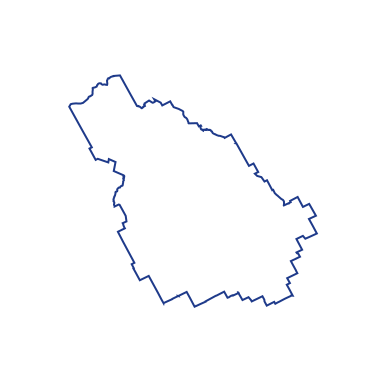 outline of Flinders (Qld), Queensland, Australia, rotated 327°
{"feature_id": "25037944B81088097646541", "entity_name": "Flinders (Qld)", "entity_type": "district", "adm_level": 2, "iso_a3": "AUS", "parent_name": "Australia", "parent_adm1": "Queensland", "projection": "equal_earth", "projection_center": [144.245, -20.889], "detail": "fine", "context": "isolated", "style": "outline", "palette": "blue", "viewbox_px": 384, "rotation_deg": 327, "n_neighbors": 0, "source": "geoboundaries", "source_scale": "gbopen_adm2", "svg_char_len": 5532}
<svg xmlns="http://www.w3.org/2000/svg" viewBox="0 0 384 384"><g transform="rotate(327 192 192)"><path d="M283.0,279.4L283.8,265.8L276.9,264.9L277.9,253.7L269.4,252.9L269.2,254.3L267.6,254.1L267.4,254.1L267.1,254.4L266.9,254.4L266.7,254.0L261.7,253.3L261.7,253.2L262.8,252.0L264.0,249.9L264.0,248.6L263.9,248.0L263.1,246.5L262.2,243.3L261.8,241.8L261.8,241.6L261.4,240.7L260.8,238.0L261.3,234.3L260.8,233.9L260.3,234.0L260.7,229.9L261.3,223.0L258.5,222.7L258.3,217.3L255.4,214.0L254.7,210.9L258.4,211.3L259.1,201.6L254.0,201.1L254.5,193.3L255.7,175.5L255.4,175.2L255.6,175.2L256.1,165.0L248.8,164.4L248.8,164.0L248.8,163.5L247.7,162.3L247.2,161.6L246.1,160.2L244.9,159.3L244.4,158.6L243.9,158.0L243.3,157.1L243.1,156.4L242.6,156.0L241.8,154.6L241.5,153.9L241.5,153.7L241.5,153.4L241.5,153.1L241.6,152.6L241.7,152.4L241.7,152.1L241.4,151.8L241.4,151.6L241.3,151.4L241.3,150.7L241.3,150.4L241.1,150.1L240.9,149.7L240.6,149.6L240.5,149.4L240.2,149.4L239.8,149.1L239.7,148.8L239.4,148.6L239.2,148.5L239.1,148.4L238.9,148.2L238.9,147.7L238.8,147.4L238.7,147.2L238.0,147.1L237.9,147.1L237.8,147.4L237.7,147.6L237.5,147.4L237.2,147.2L237.0,147.3L236.8,147.2L236.7,146.7L236.3,146.6L236.1,146.4L236.0,146.2L235.8,146.2L235.5,146.2L235.0,146.4L234.8,146.6L234.6,146.2L234.5,145.7L234.5,145.1L234.4,144.9L234.2,144.8L233.9,144.7L233.8,144.0L233.9,143.8L234.0,143.2L234.1,142.9L234.2,142.6L234.3,142.4L234.5,142.1L234.8,141.7L235.0,141.5L235.3,141.4L235.6,141.5L235.6,141.2L235.6,140.9L233.5,140.7L233.7,137.0L226.7,132.7L226.6,132.3L226.7,132.2L226.9,131.7L227.1,131.0L227.1,130.8L227.1,130.5L227.2,130.2L227.3,129.9L227.4,129.3L227.6,128.7L227.6,128.4L227.6,127.7L227.5,127.4L227.5,127.0L227.5,126.8L227.5,126.7L226.8,125.4L226.7,125.2L226.7,124.8L226.7,124.3L226.7,124.0L226.7,123.7L226.7,123.3L227.0,122.0L227.2,121.8L227.4,121.4L228.4,120.0L228.3,119.0L226.1,115.1L222.8,110.8L223.0,108.2L222.8,108.1L223.1,104.1L214.2,103.2L214.4,100.0L210.8,93.6L210.7,96.0L208.4,96.0L207.5,95.6L205.8,91.9L200.4,91.9L199.9,93.0L199.4,92.9L199.3,94.2L198.1,94.1L198.0,93.9L197.8,93.9L197.3,94.0L197.1,94.3L195.5,94.4L195.4,94.3L195.2,93.7L195.1,93.2L194.9,92.6L194.7,92.2L194.5,91.6L193.9,91.2L193.9,90.7L193.1,90.4L192.8,90.0L192.7,89.9L193.5,77.6L194.6,62.1L194.8,59.5L194.8,59.1L195.1,55.0L189.5,52.0L189.4,52.2L187.5,51.5L186.6,51.3L185.7,51.3L184.5,51.6L184.2,51.2L183.8,51.0L183.4,51.3L182.9,51.3L182.3,51.7L182.0,52.0L181.4,52.3L180.9,53.2L180.1,54.8L179.5,55.6L179.1,55.9L178.6,55.5L178.0,55.0L177.5,54.3L176.8,53.9L176.0,53.6L175.4,53.3L175.0,52.6L174.8,52.1L174.8,51.3L174.2,50.9L173.6,50.4L172.8,50.2L172.1,50.2L171.5,50.5L170.9,50.8L170.4,50.8L170.0,51.3L169.3,51.7L168.6,51.5L168.1,51.5L167.6,51.4L167.0,51.2L166.7,51.1L165.8,50.7L165.5,50.7L165.3,50.7L165.0,51.2L164.8,51.6L164.6,52.1L163.3,53.6L162.7,54.5L162.1,55.5L161.7,55.8L161.3,56.2L161.0,56.3L160.0,56.2L159.6,56.3L159.1,56.3L158.7,56.3L158.4,56.1L157.8,56.0L157.4,56.0L156.8,56.2L156.4,56.5L156.0,56.8L155.6,57.0L155.0,57.2L152.6,57.5L149.1,57.9L146.9,57.2L144.7,55.8L143.0,54.5L141.1,53.5L139.7,52.8L138.1,52.3L135.5,53.6L133.7,79.0L132.3,100.0L129.7,99.7L128.7,112.6L131.0,112.8L137.9,121.6L140.2,119.1L144.2,125.2L137.8,131.8L143.7,140.7L143.7,140.9L143.9,141.3L143.9,141.6L143.8,141.9L143.7,142.0L143.2,141.8L143.0,141.7L142.9,141.7L142.8,141.9L142.7,142.1L142.8,142.3L142.9,142.7L142.9,142.8L142.8,143.1L142.6,143.3L142.4,143.3L142.0,143.2L141.7,143.2L141.6,143.3L141.5,143.5L141.5,144.5L141.4,144.9L141.0,145.2L140.1,145.5L139.9,145.8L139.3,146.7L138.9,147.1L138.6,147.3L138.3,147.7L138.2,147.9L137.9,148.0L137.7,148.2L137.6,148.5L137.4,148.7L137.2,148.8L136.7,148.7L135.5,148.4L134.9,148.5L134.4,148.8L134.2,149.0L133.5,148.8L133.1,148.5L132.9,148.4L132.6,148.5L132.3,148.6L132.1,148.6L131.4,148.7L130.9,149.0L130.6,149.2L130.4,149.5L130.2,150.1L129.9,150.4L129.6,150.6L129.1,150.6L128.9,150.6L128.6,150.4L128.3,150.3L128.1,150.3L127.7,150.5L127.2,151.2L127.0,151.6L126.8,151.8L126.3,152.2L125.5,153.0L125.3,153.2L124.7,153.3L124.1,153.7L123.9,154.0L123.7,154.3L123.0,154.6L122.7,155.0L122.2,155.3L122.0,155.6L121.9,156.3L121.7,156.5L121.2,156.8L121.1,157.0L121.1,157.3L121.2,157.7L121.2,157.8L121.2,158.0L121.2,158.3L121.1,158.5L120.7,159.1L119.9,159.8L119.7,160.1L119.6,160.4L119.6,160.6L119.5,160.8L119.5,161.1L119.4,161.7L119.2,162.0L123.7,162.6L124.3,163.3L123.9,169.1L123.4,175.9L121.0,181.0L116.9,180.4L116.8,181.5L116.7,181.8L116.5,182.1L116.0,184.3L115.9,185.9L108.4,185.0L108.2,185.0L107.1,196.1L105.1,220.0L102.1,219.7L101.7,224.2L101.2,224.2L100.9,228.7L100.2,237.6L110.0,238.8L108.5,258.5L107.8,266.0L107.6,269.8L107.7,269.7L109.9,270.0L117.1,271.1L117.3,270.9L123.7,271.7L123.8,271.8L123.8,271.7L123.9,271.8L124.0,271.8L133.1,272.9L132.6,279.7L131.7,289.6L133.0,289.8L133.3,289.7L133.5,289.9L137.9,290.5L143.7,291.4L143.8,291.1L155.5,292.0L155.9,292.2L164.7,293.1L164.2,300.0L165.7,300.4L166.6,300.3L168.5,300.4L170.0,300.8L170.0,301.2L175.8,302.0L176.0,301.4L176.1,301.5L176.1,302.0L175.9,302.0L175.7,306.4L175.5,310.1L182.1,311.0L182.6,314.7L182.5,316.3L194.3,317.8L194.0,321.7L193.2,323.3L192.8,328.0L201.1,328.9L201.0,331.1L203.8,331.3L205.2,331.5L211.8,332.1L214.0,332.4L218.2,333.0L218.7,332.8L220.0,333.8L220.6,327.1L221.0,321.4L224.5,321.7L224.9,316.1L236.1,317.5L236.4,314.5L236.5,314.3L236.5,314.2L236.9,308.7L237.3,303.8L247.3,305.1L247.5,301.7L246.7,300.5L246.7,299.6L252.9,300.4L253.8,290.3L254.0,288.3L261.1,289.2L261.6,292.9L266.5,293.7L274.1,294.8L274.8,286.6L275.4,278.3L283.0,279.4Z" fill="none" stroke="#1e3a8a" stroke-width="2"/></g></svg>